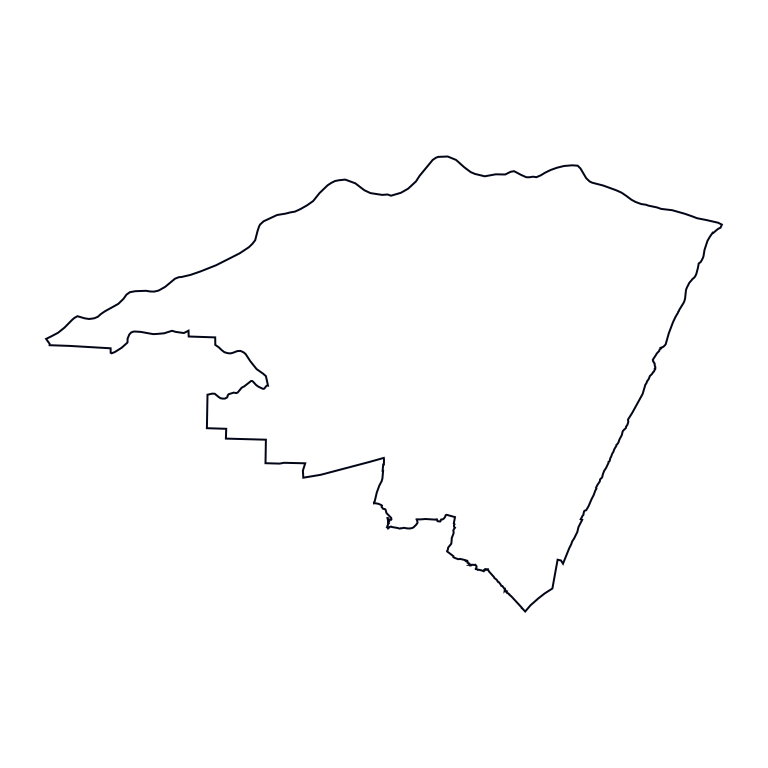 Chilia Veche, Tulcea, Romania
{"feature_id": "2599482B80107989575451", "entity_name": "Chilia Veche", "entity_type": "district", "adm_level": 2, "iso_a3": "ROU", "parent_name": "Romania", "parent_adm1": "Tulcea", "projection": "orthographic", "projection_center": [29.347, 45.324], "detail": "fine", "context": "isolated", "style": "outline", "palette": "ink", "viewbox_px": 768, "rotation_deg": 0, "n_neighbors": 0, "source": "geoboundaries", "source_scale": "gbopen_adm2", "svg_char_len": 6113}
<svg xmlns="http://www.w3.org/2000/svg" viewBox="0 0 768 768"><path d="M387.0,527.3L387.6,527.8L388.0,527.5L388.2,528.3L390.0,526.8L391.1,526.6L391.8,527.0L397.7,528.0L399.2,528.5L400.2,528.5L400.8,528.2L401.8,528.3L403.6,527.8L408.0,528.5L410.4,528.4L411.9,528.1L413.5,527.4L416.2,524.7L417.4,523.0L417.5,522.6L417.3,521.1L416.6,519.4L417.0,519.3L420.4,519.4L425.5,519.0L436.4,519.7L436.7,519.7L436.7,519.3L436.8,519.3L436.9,519.7L437.3,520.1L437.4,521.0L437.6,521.2L440.1,521.5L440.6,521.0L440.7,520.3L441.2,519.5L442.6,519.4L443.8,518.6L444.9,517.2L445.7,515.2L446.6,514.8L455.0,517.1L453.8,523.4L454.5,524.2L454.0,525.2L454.0,526.5L454.2,527.0L455.0,527.7L454.0,529.0L453.3,530.6L453.6,532.0L453.6,533.3L451.7,538.2L451.7,539.8L451.3,543.7L448.2,547.5L447.8,549.8L447.0,551.1L447.2,551.5L453.4,556.2L453.4,557.2L455.0,558.0L458.2,559.2L460.1,558.9L465.2,560.1L465.6,561.0L466.0,561.2L466.3,560.9L465.9,560.7L466.4,560.5L467.3,560.8L467.4,561.0L467.1,561.6L467.7,562.0L467.7,562.9L469.4,563.6L469.4,564.3L469.9,564.6L469.4,564.9L470.4,564.9L470.4,565.5L471.3,565.3L472.1,564.7L474.3,565.0L475.3,564.7L476.5,566.2L476.5,567.2L476.4,567.7L475.8,568.5L475.8,569.1L477.1,569.3L477.8,569.9L478.6,569.7L481.5,570.4L483.7,571.2L483.9,570.7L484.6,570.4L484.4,569.9L484.8,569.8L485.1,569.3L486.2,569.4L486.7,569.9L487.1,569.9L486.5,569.2L487.9,569.3L487.8,569.9L488.2,570.0L489.1,571.6L494.0,577.1L494.4,578.0L496.6,579.7L498.2,582.1L498.7,582.1L499.2,582.6L500.5,584.3L501.4,585.9L502.3,586.0L504.8,589.2L504.7,590.3L505.2,589.6L505.4,590.4L505.3,591.3L506.4,591.1L506.9,591.3L506.5,592.1L507.2,593.1L508.1,593.3L508.9,593.9L509.1,594.5L509.6,594.6L510.1,595.4L511.2,596.2L521.8,607.7L521.8,608.2L522.2,608.3L525.2,611.5L530.5,605.3L538.2,598.5L544.6,593.5L552.4,588.5L557.6,559.7L561.0,560.5L563.0,563.7L569.2,548.3L571.3,544.1L572.2,541.4L574.1,538.5L577.3,532.0L578.5,527.0L582.2,519.8L580.7,519.2L581.9,517.2L582.2,516.3L583.5,514.7L583.5,513.7L584.1,511.3L584.7,510.7L586.2,510.2L588.6,506.1L591.4,499.5L593.7,495.0L595.4,490.3L596.2,489.2L596.4,488.6L596.0,487.9L596.1,487.6L597.4,485.0L599.8,481.4L600.1,479.4L602.1,477.4L603.0,473.9L604.1,471.0L606.1,467.9L607.7,464.5L608.4,463.1L608.5,461.9L609.4,461.4L609.7,460.7L610.4,457.9L611.1,456.8L612.2,453.7L613.2,452.2L614.5,448.8L616.4,445.8L616.4,444.9L617.4,444.0L618.4,442.6L619.4,439.6L621.8,435.1L622.6,431.7L623.0,430.8L625.8,428.1L626.0,427.5L626.1,426.6L627.3,425.0L628.2,422.3L628.3,421.5L628.0,420.2L628.1,419.4L632.2,412.9L642.6,394.0L645.4,384.6L645.7,384.3L646.6,382.8L647.0,381.4L648.7,379.1L649.9,376.0L651.8,374.2L652.8,372.8L652.9,372.4L653.3,372.1L654.2,371.1L654.4,370.2L655.2,369.3L655.3,368.9L654.8,368.5L655.3,367.5L655.4,367.0L654.9,366.1L654.6,364.3L654.7,363.6L653.6,362.2L653.5,361.4L653.0,361.0L652.8,359.8L656.0,354.9L656.7,353.6L659.2,350.9L659.7,349.3L661.3,348.3L661.5,347.7L661.3,347.6L663.3,346.8L665.0,345.2L665.7,344.2L668.8,333.3L673.0,322.2L675.5,316.9L678.1,312.5L678.3,311.6L678.9,311.0L679.3,309.8L683.4,303.2L684.4,301.1L685.1,298.4L685.9,290.8L686.2,289.4L687.0,287.4L689.4,282.7L691.6,280.2L692.2,279.3L694.1,277.7L695.1,276.5L696.3,274.0L697.9,268.0L698.7,263.5L700.6,262.1L701.7,260.3L703.1,257.5L703.6,255.6L704.5,249.9L707.5,240.8L709.7,237.0L712.7,232.7L713.2,233.0L716.9,229.8L718.6,228.6L720.5,227.7L721.9,224.6L718.0,222.7L706.2,220.0L697.0,218.2L692.6,216.5L685.2,213.9L672.2,210.2L661.2,208.9L656.9,207.4L648.3,205.6L645.9,204.7L641.4,204.1L635.6,202.0L631.4,199.7L625.9,195.6L621.6,192.7L616.3,190.3L603.1,185.5L592.2,182.7L589.7,181.5L586.2,178.2L580.5,168.5L577.7,165.7L572.2,165.3L564.0,166.0L557.1,167.7L550.6,170.0L544.9,172.8L541.0,175.2L536.4,177.2L533.0,176.7L529.0,177.3L526.2,177.2L520.9,174.8L514.1,171.2L510.6,171.8L505.2,174.5L495.8,174.3L484.7,176.3L474.9,173.9L470.7,172.1L464.3,167.3L456.0,159.9L447.7,156.5L438.1,156.9L436.0,157.7L432.7,159.9L419.6,175.8L416.0,181.4L408.1,188.7L400.9,192.8L391.0,195.7L387.7,194.5L382.2,194.9L370.4,193.1L364.3,190.2L355.3,183.3L345.2,179.6L339.3,180.2L335.1,181.0L331.6,182.7L327.6,185.3L319.5,193.1L313.2,201.0L307.1,205.3L300.6,209.0L295.0,211.6L290.3,212.4L285.7,213.6L277.1,215.0L263.6,221.3L260.1,224.5L259.1,226.4L257.6,230.8L255.2,240.2L252.4,243.8L248.9,247.2L239.7,253.3L216.2,265.2L200.3,271.5L190.5,274.9L181.5,277.0L178.8,277.2L175.0,278.7L165.1,286.9L158.5,290.6L154.1,291.6L150.5,291.5L145.9,290.8L135.2,291.2L129.9,292.2L126.5,294.6L123.5,298.8L118.4,303.8L104.9,311.3L100.8,314.1L97.8,316.8L94.2,318.3L89.1,319.0L84.6,318.3L77.4,316.2L74.3,318.0L72.2,319.8L64.4,327.7L58.0,332.8L50.8,336.6L46.1,338.9L49.6,343.8L49.6,345.2L69.5,345.9L110.6,348.3L110.7,352.8L111.7,353.3L114.9,352.0L121.6,347.8L127.1,342.9L127.5,342.4L127.6,338.6L129.3,334.5L131.3,332.4L133.1,331.7L134.6,331.5L140.8,331.9L153.0,334.1L156.1,334.0L164.1,333.3L172.0,330.8L175.8,331.9L183.5,333.0L184.4,332.8L188.5,330.7L188.7,336.5L215.2,337.4L215.3,344.9L218.9,347.4L221.8,350.2L224.4,352.2L227.8,353.2L230.5,353.4L232.9,352.8L237.3,351.1L240.5,350.9L243.5,352.3L245.6,354.0L250.3,361.2L256.6,369.1L263.0,373.6L265.9,376.1L268.0,385.6L267.3,385.5L266.4,385.9L264.3,388.6L263.5,388.8L262.6,388.7L258.3,386.6L256.1,385.0L253.0,381.6L252.1,381.0L251.1,381.0L244.3,386.3L241.7,387.7L237.7,392.5L236.2,393.1L233.8,392.6L228.7,394.2L227.7,395.4L227.5,396.7L227.0,397.5L224.9,398.6L222.5,398.6L220.5,398.2L218.7,397.0L214.8,393.8L212.5,393.6L207.5,394.7L206.9,428.2L226.2,428.8L225.9,438.6L265.9,439.7L265.5,463.2L279.5,463.6L284.1,462.8L305.2,463.3L302.9,470.6L303.3,477.7L320.7,474.8L369.6,461.9L383.8,457.9L384.0,459.5L383.9,464.5L383.2,464.5L382.6,470.9L383.1,470.9L382.4,478.6L381.6,481.3L379.3,485.6L376.8,492.5L374.7,501.4L374.1,502.1L373.9,502.8L374.0,503.4L375.0,503.2L378.4,503.8L381.4,505.1L382.0,505.6L381.6,506.9L383.1,508.8L384.9,509.1L385.6,509.8L386.5,513.1L391.2,517.9L391.4,519.4L391.1,519.8L389.8,519.7L389.4,519.5L388.9,520.1L388.0,519.1L387.8,518.0L387.5,518.0L387.9,520.1L389.2,521.2L389.2,521.7L388.6,522.1L388.0,522.0L388.0,522.4L388.7,523.4L388.0,523.8L388.1,524.6L387.4,525.8L387.4,526.9L387.0,527.3Z" fill="none" stroke="#020617" stroke-width="2"/></svg>